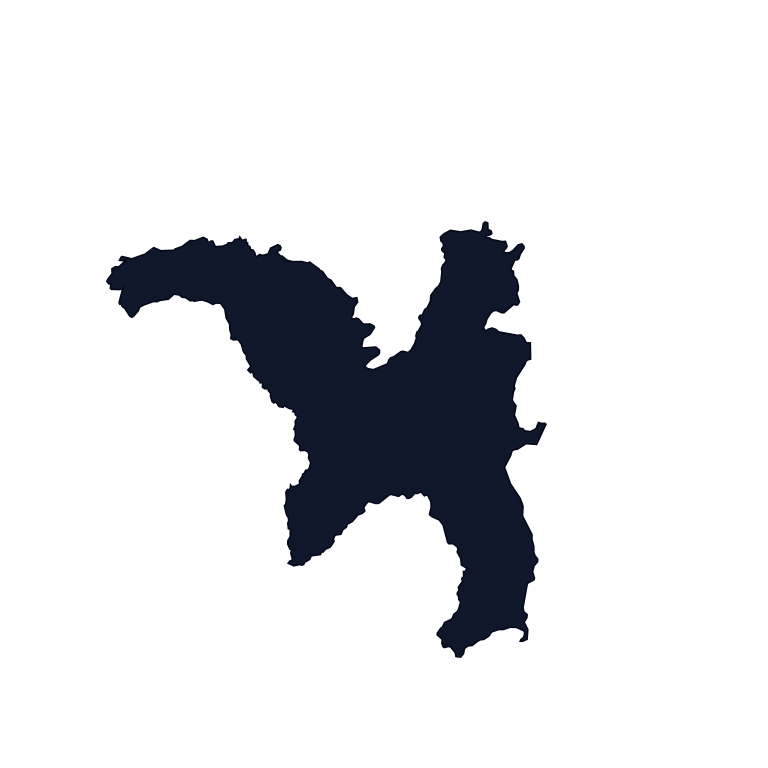 outline of Porto Grande, Amapá, Brazil, rotated 43°
{"feature_id": "56859067B81686186446663", "entity_name": "Porto Grande", "entity_type": "district", "adm_level": 2, "iso_a3": "BRA", "parent_name": "Brazil", "parent_adm1": "Amapá", "projection": "natural_earth1", "projection_center": [-51.672, 0.615], "detail": "fine", "context": "isolated", "style": "filled", "palette": "ink", "viewbox_px": 768, "rotation_deg": 43, "n_neighbors": 0, "source": "geoboundaries", "source_scale": "gbopen_adm2", "svg_char_len": 6170}
<svg xmlns="http://www.w3.org/2000/svg" viewBox="0 0 768 768"><g transform="rotate(43 384 384)"><path d="M105.2,470.8L106.2,474.0L110.8,470.5L110.1,479.3L107.6,481.3L106.4,485.4L109.9,488.7L110.5,496.0L111.4,498.1L114.6,498.5L115.9,497.0L118.6,500.7L120.1,500.7L126.6,495.0L128.0,491.6L128.5,493.7L134.7,505.2L136.4,505.9L137.7,504.6L139.0,505.7L143.2,505.6L151.8,507.8L154.2,507.1L154.6,505.3L154.5,498.5L153.0,494.3L154.8,489.4L159.1,481.1L162.0,478.5L163.0,475.9L168.5,469.1L169.2,461.5L173.6,458.5L177.2,458.3L179.7,456.3L185.6,455.3L187.0,453.6L188.8,452.9L193.5,446.7L199.5,443.9L204.6,442.6L206.0,439.3L209.5,436.5L216.6,437.9L223.6,443.4L230.4,445.6L234.3,449.6L238.6,452.0L240.9,455.3L243.7,454.5L247.2,451.1L252.9,452.4L259.2,456.3L263.9,457.0L266.3,459.5L274.6,461.9L274.8,466.6L278.8,466.8L278.8,465.3L280.2,465.0L283.8,467.4L291.2,466.9L292.7,467.7L293.5,466.2L295.0,466.7L297.3,469.3L299.8,469.0L302.9,466.3L303.7,467.7L307.9,468.4L309.0,470.2L314.1,473.2L316.4,473.1L317.2,470.9L322.7,472.2L326.2,469.8L325.6,468.0L332.0,466.4L333.0,465.3L336.3,464.8L336.2,466.4L338.2,465.4L340.0,467.0L343.3,466.8L344.5,471.9L347.3,474.5L348.9,478.7L350.4,478.4L351.5,479.3L354.6,482.4L356.1,485.8L357.3,486.7L363.6,486.5L365.5,487.5L366.7,489.5L368.4,489.7L371.5,486.4L374.8,485.5L377.7,487.3L379.1,489.6L384.0,491.6L386.6,496.5L387.0,499.1L385.5,500.3L386.5,503.7L386.0,505.4L387.1,507.1L388.1,512.4L390.6,515.0L388.5,519.8L386.4,521.8L384.4,521.5L386.5,524.2L386.5,526.5L385.2,527.0L386.0,530.1L391.2,534.8L394.1,538.9L394.1,541.0L401.7,546.1L405.4,547.1L407.8,549.4L408.4,551.3L412.8,555.1L414.3,554.2L415.5,555.2L419.5,559.7L420.5,564.1L422.8,566.8L427.9,569.0L429.3,568.3L431.3,571.4L436.4,574.5L436.8,576.6L435.8,577.5L436.1,580.5L442.1,578.5L445.7,573.3L447.5,572.6L448.4,570.7L447.6,568.6L449.3,563.1L448.0,559.3L453.9,552.1L452.7,549.3L454.1,548.6L453.9,544.7L455.8,540.4L455.8,538.3L454.7,532.8L453.0,532.3L451.6,529.0L451.8,527.3L455.0,523.3L453.3,518.4L454.2,514.3L452.8,511.7L454.7,506.0L454.2,497.6L456.4,493.5L456.7,490.1L453.4,488.0L452.6,482.6L453.0,480.3L459.2,477.2L461.6,475.0L463.6,461.2L464.7,459.8L471.4,456.2L471.9,453.0L473.2,451.7L475.1,451.1L478.8,451.9L480.3,450.6L481.2,448.2L481.0,443.0L482.8,441.7L484.8,437.7L489.9,438.3L490.5,436.3L492.5,435.8L498.8,438.3L502.8,442.4L506.2,448.5L509.7,448.3L517.2,445.8L523.4,446.9L538.6,456.5L540.3,456.7L543.6,453.6L549.1,453.3L550.9,454.7L552.0,457.0L559.2,459.4L564.0,463.6L570.3,462.3L571.2,466.1L569.9,467.0L573.7,470.6L573.3,472.5L574.2,474.0L575.9,474.3L576.9,481.9L579.6,483.7L579.8,486.2L580.9,487.9L583.6,488.6L585.7,490.7L588.7,491.1L592.2,498.2L592.7,500.7L592.1,504.8L593.6,508.5L593.5,510.5L590.9,517.2L592.5,522.0L592.0,523.9L592.9,529.8L593.8,531.2L600.7,531.1L603.3,534.3L606.3,535.9L607.9,535.6L610.3,531.8L612.3,531.0L619.4,531.9L622.5,534.3L626.4,531.5L626.1,527.0L623.3,522.6L624.1,518.3L626.9,515.1L628.0,508.0L629.1,505.2L631.3,502.6L632.6,496.7L631.9,491.9L635.2,485.6L638.9,482.0L642.2,475.8L646.9,471.7L655.0,469.1L657.2,470.9L658.8,473.9L658.4,477.7L659.0,479.3L660.9,477.7L662.8,473.1L656.6,465.4L649.1,462.7L647.8,457.3L646.0,455.0L641.4,455.1L638.0,452.4L625.7,433.3L625.0,431.7L627.4,424.7L626.3,423.2L620.7,419.9L617.9,414.7L617.5,409.2L615.9,407.2L611.4,406.5L608.3,404.8L604.4,400.6L598.3,396.8L594.9,393.1L575.3,386.0L569.3,378.8L565.9,376.8L561.2,374.6L544.8,370.8L528.9,362.7L525.5,350.1L523.5,346.1L523.6,343.8L526.1,340.6L528.6,330.8L536.9,324.1L529.9,302.9L528.0,303.2L526.7,305.0L523.2,306.8L525.6,313.1L523.4,319.1L518.7,322.3L516.1,321.9L512.7,324.1L508.8,321.4L500.5,317.8L495.5,309.9L488.8,308.4L484.1,301.5L483.0,298.3L480.3,296.4L476.5,288.9L473.7,273.6L472.4,270.6L472.6,268.5L474.3,265.8L462.9,254.0L460.7,256.3L458.8,256.6L455.6,255.0L450.7,254.7L448.2,257.5L432.3,267.6L428.6,267.7L424.7,269.4L422.5,273.5L422.4,275.5L420.5,275.7L418.1,274.6L417.1,270.4L415.0,266.3L413.7,259.2L414.3,255.6L416.3,253.4L421.5,251.7L423.2,250.1L424.6,237.4L427.3,235.8L427.8,234.4L427.0,231.4L419.2,227.1L418.2,223.8L415.4,220.6L409.9,217.0L405.0,216.3L401.7,213.2L400.1,213.9L398.4,213.4L395.1,203.9L396.9,202.3L397.2,200.5L395.1,195.9L393.8,189.0L392.3,187.7L389.2,187.5L387.2,190.8L387.2,198.4L386.1,202.5L383.2,205.3L381.9,205.5L380.6,204.3L380.7,200.6L379.8,199.0L375.5,196.8L373.3,199.2L364.3,204.8L361.4,205.2L358.7,207.7L357.8,206.2L360.3,201.8L359.9,200.0L358.1,199.0L354.5,199.9L350.2,195.5L348.4,195.9L347.2,196.8L347.2,199.0L350.5,204.0L351.0,206.6L350.1,208.1L342.7,212.1L336.3,220.5L327.8,226.2L325.4,233.2L325.0,238.2L328.0,240.5L330.9,240.6L333.4,242.4L334.0,245.8L335.4,246.9L339.4,246.9L341.7,250.4L344.8,250.7L345.9,253.4L345.9,256.9L347.3,260.4L349.7,262.3L355.9,270.5L357.1,275.0L356.7,278.8L357.8,287.3L361.4,291.8L363.5,298.7L363.0,301.8L365.0,307.7L363.6,308.9L363.7,311.0L364.9,312.3L368.9,313.1L371.2,315.0L373.0,321.9L372.6,323.5L374.6,327.2L376.4,328.2L378.9,333.8L380.5,340.6L380.3,343.8L379.6,344.9L375.4,347.2L374.2,349.1L372.7,356.9L370.9,360.5L371.1,363.1L372.7,366.9L366.5,380.7L361.8,383.7L358.4,384.3L357.5,382.1L357.8,375.5L360.0,366.4L359.8,364.8L357.7,362.3L352.8,362.5L343.7,372.3L342.2,371.7L339.0,367.0L338.0,364.0L340.0,357.1L338.5,349.1L337.1,348.4L332.8,349.6L328.6,353.8L327.1,354.3L321.0,353.7L318.7,354.7L317.7,356.9L316.0,358.1L314.6,357.0L313.8,353.8L309.5,347.7L308.9,342.1L305.2,339.4L302.5,343.1L295.9,344.2L287.0,343.2L285.8,343.6L283.9,346.0L274.4,344.2L270.6,345.3L262.3,343.6L259.6,344.5L257.7,344.1L246.3,345.6L246.2,347.2L240.2,350.6L233.8,356.7L228.9,359.5L222.3,359.9L221.0,360.9L216.3,360.7L215.8,359.1L216.8,356.7L215.8,354.6L214.0,353.8L211.3,354.5L208.4,361.9L210.5,368.0L207.3,372.9L204.6,374.1L204.0,377.6L202.1,377.7L200.4,376.2L197.1,375.3L194.1,376.7L192.9,375.2L188.9,375.2L188.2,373.8L186.8,374.3L184.3,372.3L182.3,375.7L178.2,374.8L179.0,376.4L176.3,380.3L176.7,383.4L176.0,384.9L173.7,387.1L174.0,389.0L171.9,393.4L166.9,398.5L161.2,396.2L159.8,397.8L159.6,399.7L158.2,400.0L155.8,398.8L151.8,400.0L147.6,408.5L144.3,411.2L142.5,421.3L139.1,427.6L139.2,429.3L129.9,438.7L122.5,441.3L120.7,451.8L114.1,464.5L105.5,469.3L105.2,470.8Z" fill="#0f172a" stroke="#020617" stroke-width="1.5"/></g></svg>